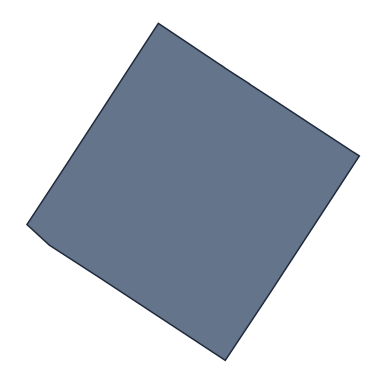 the district of Miami, Kansas, United States of America, rotated 303°
{"feature_id": "52423323B68784032063419", "entity_name": "Miami", "entity_type": "district", "adm_level": 2, "iso_a3": "USA", "parent_name": "United States of America", "parent_adm1": "Kansas", "projection": "albers", "projection_center": [-94.74, 38.564], "detail": "fine", "context": "isolated", "style": "filled", "palette": "slate", "viewbox_px": 384, "rotation_deg": 303, "n_neighbors": 0, "source": "geoboundaries", "source_scale": "gbopen_adm2", "svg_char_len": 541}
<svg xmlns="http://www.w3.org/2000/svg" viewBox="0 0 384 384"><g transform="rotate(303 192 192)"><path d="M74.8,71.3L69.7,101.4L69.8,161.3L69.4,224.3L68.9,311.6L148.7,312.4L313.4,312.7L313.4,310.1L313.3,302.6L313.4,281.4L313.5,251.5L313.5,251.4L313.6,247.6L313.6,246.8L313.6,241.8L313.7,223.1L313.8,203.2L313.8,201.7L313.8,183.2L313.9,180.8L314.0,180.8L313.9,160.7L313.9,153.0L314.1,149.8L314.1,142.7L315.1,71.9L234.0,71.8L214.2,71.8L174.2,71.7L154.3,71.7L149.3,71.7L74.8,71.3Z" fill="#64748b" stroke="#1e293b" stroke-width="1.5"/></g></svg>